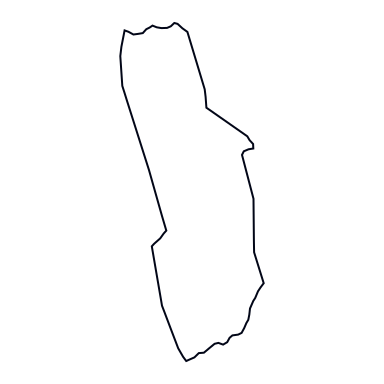 Belém do Piauí, Piauí, Brazil
{"feature_id": "56859067B25212640254250", "entity_name": "Belém do Piauí", "entity_type": "district", "adm_level": 2, "iso_a3": "BRA", "parent_name": "Brazil", "parent_adm1": "Piauí", "projection": "albers", "projection_center": [-40.98, -7.39], "detail": "fine", "context": "isolated", "style": "outline", "palette": "ink", "viewbox_px": 384, "rotation_deg": 0, "n_neighbors": 0, "source": "geoboundaries", "source_scale": "gbopen_adm2", "svg_char_len": 956}
<svg xmlns="http://www.w3.org/2000/svg" viewBox="0 0 384 384"><path d="M182.4,28.3L177.6,23.9L174.3,23.0L170.8,26.3L167.1,27.9L161.4,28.1L156.7,27.3L152.5,25.6L149.7,27.5L146.3,29.2L142.8,33.1L138.0,33.9L133.4,34.5L128.5,31.8L124.6,30.4L121.4,46.8L120.3,56.1L122.3,85.9L124.6,93.1L126.8,100.2L149.0,170.1L162.0,216.0L166.3,230.6L163.7,233.5L160.2,238.4L154.2,243.7L151.8,246.3L161.0,299.8L162.0,305.7L164.3,311.7L170.5,328.1L178.2,348.3L183.1,356.8L186.2,361.0L194.4,357.4L198.8,353.1L203.9,352.7L209.6,347.9L214.6,343.8L218.4,342.9L223.1,344.6L227.2,342.2L229.6,337.8L232.4,335.4L238.2,334.6L241.6,332.9L244.2,328.1L246.4,323.0L248.3,319.8L249.3,314.7L250.0,308.5L253.3,300.9L255.2,298.0L258.0,291.3L260.5,287.5L263.7,283.2L254.1,252.3L253.9,241.1L253.5,198.8L242.0,154.9L243.8,151.3L248.5,149.3L253.3,148.5L253.1,144.0L249.6,140.2L247.3,136.3L206.4,107.7L205.6,96.8L204.7,89.3L187.4,31.9L182.4,28.3Z" fill="none" stroke="#020617" stroke-width="2"/></svg>